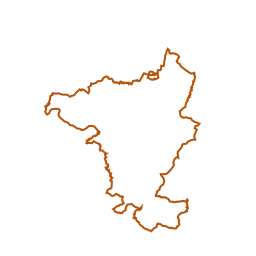 Lismore Lea-3, Waterford, Ireland (orthographic projection), rotated 111°
{"feature_id": "5873133B19257398273373", "entity_name": "Lismore Lea-3", "entity_type": "district", "adm_level": 2, "iso_a3": "IRL", "parent_name": "Ireland", "parent_adm1": "Waterford", "projection": "orthographic", "projection_center": [-7.865, 52.126], "detail": "fine", "context": "isolated", "style": "outline", "palette": "amber", "viewbox_px": 256, "rotation_deg": 111, "n_neighbors": 0, "source": "geoboundaries", "source_scale": "gbopen_adm2", "svg_char_len": 5791}
<svg xmlns="http://www.w3.org/2000/svg" viewBox="0 0 256 256"><g transform="rotate(111 128 128)"><path d="M144.5,208.6L142.8,207.0L139.6,206.8L138.1,206.1L136.2,203.1L135.1,199.8L135.4,198.7L136.5,197.8L139.7,198.0L141.0,197.3L142.6,195.4L144.6,189.7L144.6,185.8L146.0,183.3L145.4,180.3L146.7,175.3L146.0,173.0L146.2,171.3L146.5,170.7L146.2,169.6L144.0,167.3L140.2,165.2L139.3,163.5L138.7,161.1L138.8,159.6L141.1,155.6L142.0,153.0L143.8,153.2L143.1,154.6L144.3,154.3L144.4,154.0L145.2,154.5L145.8,154.2L145.5,154.4L145.8,154.5L145.6,154.8L147.0,155.5L146.9,156.0L147.7,156.2L148.2,157.7L150.5,158.3L151.1,159.3L151.5,159.2L152.3,160.6L153.1,160.0L153.3,160.2L153.2,160.9L154.3,161.0L154.6,161.8L155.1,161.2L157.0,161.3L157.0,160.4L156.2,159.6L155.3,157.1L155.2,156.2L152.6,155.3L153.2,152.3L153.0,151.7L153.3,149.9L153.1,149.3L153.3,148.7L153.7,148.7L153.8,147.9L154.7,147.9L154.9,146.9L158.1,146.7L159.0,145.9L158.1,144.0L158.6,143.2L159.4,140.3L160.0,139.9L159.7,139.0L161.2,139.9L162.5,138.9L163.2,137.7L164.7,138.7L166.4,137.5L166.9,136.5L169.0,135.6L169.3,133.7L169.6,133.5L169.5,133.3L170.4,132.8L170.8,133.3L171.6,132.8L172.4,133.1L172.3,133.9L172.9,134.7L173.9,133.7L173.8,133.0L174.8,132.2L174.7,131.1L174.2,130.8L175.6,130.2L175.7,129.6L176.3,129.4L176.7,128.9L176.6,128.1L177.1,128.4L177.5,128.1L177.4,127.5L179.1,127.7L179.7,126.9L179.1,126.7L180.3,125.7L180.1,124.9L181.3,125.0L182.1,125.7L183.2,125.7L183.8,125.2L183.6,123.9L189.7,122.0L190.3,122.1L192.7,124.7L196.3,124.8L196.0,123.2L196.6,120.1L197.2,118.6L196.1,116.9L195.0,116.0L193.9,115.8L193.7,114.0L194.1,113.3L194.0,112.2L194.7,111.0L194.6,110.1L194.1,109.6L194.0,108.2L197.3,107.7L199.7,105.5L199.8,105.0L201.4,106.0L202.7,108.1L203.8,108.4L204.5,109.8L209.0,112.8L209.2,111.6L209.9,111.1L210.9,109.5L210.5,107.9L210.8,107.3L210.7,106.5L209.9,105.8L210.2,104.5L209.7,104.1L209.6,103.0L207.8,102.6L205.4,100.7L203.3,101.6L199.7,101.1L197.6,97.1L198.6,95.5L199.2,92.2L198.9,90.6L199.2,89.9L198.9,87.7L197.1,87.1L198.7,86.8L198.9,87.4L200.1,87.7L199.9,88.3L200.6,88.1L200.4,89.4L202.3,91.0L203.9,91.6L205.6,90.7L206.2,90.8L206.4,91.5L207.2,90.7L209.0,90.1L209.6,90.7L209.9,90.6L209.3,89.9L209.8,89.4L209.2,89.1L209.1,88.4L211.5,86.7L211.7,85.2L212.2,84.9L212.1,84.0L213.4,82.8L214.4,81.2L214.4,79.9L215.4,78.4L215.9,75.8L215.8,72.8L216.1,72.3L215.7,69.8L216.0,69.3L212.2,67.7L210.2,65.9L207.4,66.3L206.4,65.8L206.6,65.1L206.1,63.2L207.0,60.1L206.3,58.6L206.1,57.2L206.5,55.3L206.3,53.7L206.5,53.4L205.4,51.4L205.7,51.0L205.3,48.8L204.5,47.2L204.0,46.8L202.8,47.1L200.8,45.7L199.2,45.6L197.8,46.8L195.9,47.2L193.5,49.6L190.5,49.2L187.9,47.6L187.3,45.9L184.5,43.1L184.0,44.0L181.5,43.3L181.1,43.5L180.9,44.9L180.0,44.3L178.6,45.1L177.9,45.9L175.6,46.5L174.3,46.2L173.9,46.6L173.7,46.9L174.6,47.0L174.6,47.4L175.8,47.2L175.7,47.8L176.2,48.6L176.1,50.2L177.7,52.4L178.0,53.6L178.9,54.5L179.1,55.8L180.9,58.2L180.7,59.4L181.6,62.4L181.3,63.3L180.1,64.2L179.8,65.0L179.7,66.9L179.2,67.9L179.8,68.7L179.7,70.0L180.3,70.4L180.6,71.4L180.4,73.1L180.9,73.2L180.3,74.2L180.9,75.1L180.8,75.4L181.6,77.6L180.5,78.1L178.9,77.7L177.1,78.2L176.6,77.7L175.3,77.4L174.3,76.4L172.0,76.9L169.9,76.2L168.1,74.9L164.5,75.1L162.1,76.8L160.5,79.9L159.3,80.8L159.1,79.6L158.2,78.2L158.0,77.0L156.3,75.0L150.9,72.9L146.2,71.7L143.6,73.5L140.7,73.4L138.8,72.7L137.4,71.6L137.6,70.3L134.1,72.5L132.1,72.9L127.2,71.1L123.9,71.3L123.2,70.6L121.8,68.0L118.9,66.9L116.8,64.7L115.4,63.0L114.9,61.1L111.5,63.4L104.8,63.2L104.4,65.7L102.1,65.8L100.7,63.7L98.4,62.9L98.5,63.6L98.1,65.7L98.5,66.5L98.4,68.3L97.7,71.1L96.4,72.7L97.2,74.9L97.1,77.3L98.6,80.0L98.4,80.9L98.6,81.0L98.2,82.6L97.0,83.8L95.1,84.7L94.4,85.5L93.3,85.6L92.5,84.7L90.2,83.9L87.8,82.0L84.1,82.8L82.1,82.2L81.3,82.5L80.7,82.1L80.3,82.6L78.4,82.5L77.7,82.0L77.8,82.5L77.0,82.2L76.2,82.5L75.8,81.9L74.5,81.7L73.9,82.6L73.3,82.1L72.4,82.8L70.8,82.6L70.3,82.1L69.9,82.8L69.2,82.2L68.1,83.4L67.2,82.7L66.8,83.4L64.7,82.9L63.7,83.3L62.5,83.1L61.6,83.7L61.6,83.3L60.6,83.0L55.8,83.9L54.7,85.2L53.3,85.4L52.7,85.9L53.4,86.5L54.3,88.0L54.6,89.1L53.3,95.0L51.5,100.7L49.8,102.5L49.4,104.8L48.8,106.1L48.0,106.6L47.4,106.2L44.6,106.2L43.6,105.7L42.8,106.0L42.1,107.6L41.8,108.8L41.8,111.5L42.3,113.4L43.4,114.9L42.9,116.5L40.5,117.3L40.5,118.3L39.9,119.2L42.2,119.5L45.5,119.0L46.7,119.3L50.4,118.2L52.7,118.1L54.5,117.4L57.5,117.0L57.9,119.3L60.4,118.5L62.1,118.3L62.7,118.7L63.0,120.7L66.4,120.4L66.3,119.6L67.6,119.6L69.6,117.8L70.2,117.7L72.7,119.7L72.3,121.1L74.0,121.7L74.1,123.2L74.6,124.0L73.9,126.4L74.0,127.6L71.0,127.9L70.4,125.5L68.5,121.5L67.3,121.7L67.5,124.3L67.0,124.5L66.8,125.4L67.0,126.2L67.8,128.0L71.0,127.9L70.9,128.7L71.3,130.3L71.1,132.6L73.8,133.3L74.8,133.0L77.2,133.7L79.6,133.8L80.7,135.5L80.5,136.5L80.1,136.6L82.4,140.2L85.6,140.3L85.4,140.7L85.7,140.9L85.3,141.6L86.1,142.3L85.8,142.3L85.4,143.5L85.9,144.7L86.4,144.5L87.0,148.1L87.8,148.0L87.7,149.2L88.1,149.2L88.0,150.0L87.5,150.7L88.2,150.7L87.8,151.8L89.6,152.0L89.4,152.4L89.7,153.2L89.3,153.7L89.6,154.2L89.4,154.9L89.5,155.5L90.5,156.4L90.4,157.3L89.7,158.1L89.9,158.8L89.1,159.1L87.9,160.7L87.9,161.3L89.0,163.0L88.5,164.3L87.7,164.5L87.5,165.3L87.6,166.7L90.4,169.1L92.4,169.1L94.2,170.5L95.2,173.1L96.7,173.6L98.7,175.6L99.5,177.0L99.7,178.4L101.8,177.9L104.2,179.6L106.1,177.9L107.9,177.2L109.8,177.5L108.2,183.0L108.4,184.8L109.7,185.1L109.3,187.0L113.3,188.9L116.3,189.9L117.6,191.0L118.0,192.2L119.7,193.3L118.9,195.9L118.9,197.5L120.0,200.2L120.5,202.3L120.5,205.2L122.0,208.2L122.4,210.7L123.1,211.0L123.4,210.9L123.4,210.5L124.1,210.3L125.8,211.9L129.4,211.0L132.6,211.1L133.1,210.3L133.9,211.2L134.5,210.2L134.9,210.5L135.2,211.5L136.3,211.3L136.7,211.7L136.8,212.7L137.6,212.9L138.0,212.6L138.4,211.6L141.1,211.0L142.5,211.1L144.5,208.6Z" fill="none" stroke="#b45309" stroke-width="2"/></g></svg>